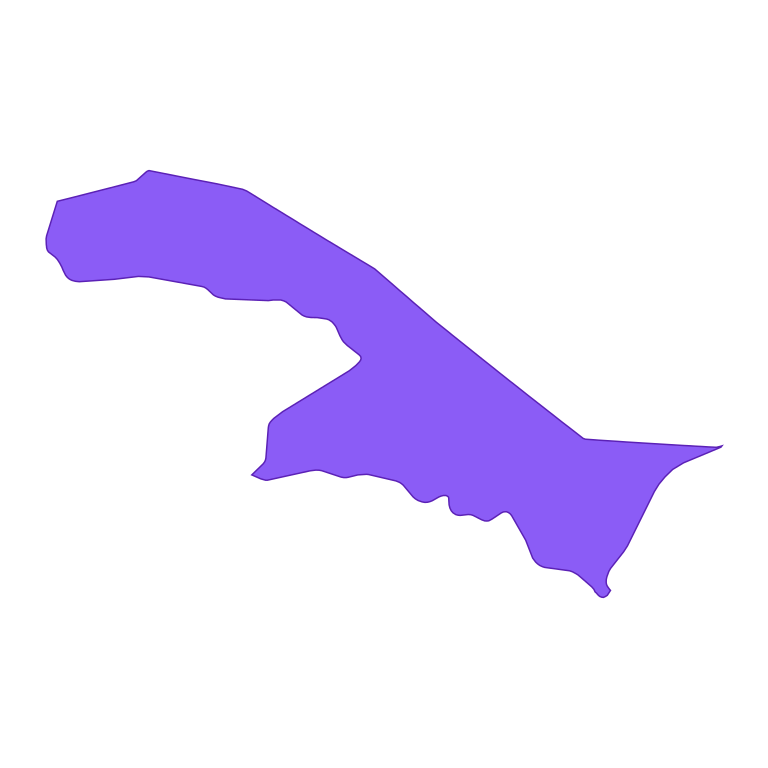 the border of Al Hudud ash Shamaliyah
{"feature_id": "SAU-861", "entity_name": "Al Hudud ash Shamaliyah", "entity_type": "Region", "adm_level": 1, "iso_a3": "SAU", "parent_name": "Saudi Arabia", "parent_adm1": "", "projection": "orthographic", "projection_center": [42.216, 29.79], "detail": "fine", "context": "isolated", "style": "filled", "palette": "violet", "viewbox_px": 768, "rotation_deg": 0, "n_neighbors": 0, "source": "natural_earth", "source_scale": "10m", "svg_char_len": 3253}
<svg xmlns="http://www.w3.org/2000/svg" viewBox="0 0 768 768"><path d="M149.1,170.6L164.3,173.6L179.5,176.6L194.8,179.6L210.0,182.5L216.2,183.7L216.3,183.7L242.6,189.3L246.7,191.0L251.0,193.6L258.9,198.5L265.7,202.7L272.4,206.9L279.2,211.0L286.0,215.2L292.8,219.3L299.5,223.5L306.3,227.6L313.1,231.8L319.9,235.9L326.7,240.1L333.6,244.2L340.4,248.3L347.2,252.4L354.1,256.5L360.9,260.6L367.8,264.7L374.7,268.9L379.9,273.4L386.6,279.2L393.2,284.9L399.8,290.7L406.5,296.4L413.9,302.9L421.4,309.3L428.9,315.8L430.4,317.1L436.4,322.3L444.8,329.0L451.8,334.7L458.8,340.3L465.8,345.9L472.8,351.5L481.9,358.8L491.1,366.1L500.2,373.4L509.4,380.7L513.3,383.7L518.6,387.9L527.8,395.2L537.0,402.4L546.2,409.6L553.9,415.6L561.6,421.7L569.3,427.6L577.0,433.6L583.3,438.5L583.8,438.6L584.3,438.8L584.8,439.0L585.3,439.2L592.6,439.7L599.0,440.2L605.4,440.6L611.7,441.0L618.1,441.4L626.3,442.0L634.5,442.5L642.6,443.0L650.8,443.5L659.0,444.0L667.2,444.5L675.4,445.0L683.6,445.5L689.7,445.8L695.8,446.2L701.9,446.5L708.0,446.9L716.4,447.3L719.9,446.5L721.9,445.9L720.9,447.2L683.6,462.8L672.7,469.4L665.0,476.9L659.0,484.1L654.4,491.5L627.5,545.8L623.7,551.7L610.5,568.5L608.8,571.5L606.9,576.7L606.3,579.4L606.2,580.9L606.2,582.6L606.5,584.4L607.3,586.2L609.5,589.3L610.5,590.4L607.3,595.3L605.6,596.4L603.5,597.4L601.7,597.2L599.9,596.5L598.5,595.4L597.1,593.9L597.0,593.7L596.6,593.2L595.1,591.9L593.9,589.3L591.7,586.8L578.1,575.0L576.2,573.8L572.5,571.8L569.7,570.8L544.7,567.4L542.5,566.7L539.7,565.4L537.5,563.8L535.6,562.0L532.7,558.1L525.7,540.2L511.7,515.7L510.3,513.9L508.4,512.5L506.3,511.7L503.5,511.9L501.3,512.9L492.0,519.1L488.8,520.8L487.0,521.0L484.8,520.9L481.7,519.8L473.1,515.4L470.9,514.7L468.2,514.5L460.2,515.4L458.1,515.2L455.8,514.6L453.0,512.8L451.2,510.7L449.9,508.0L449.4,506.0L449.1,504.8L448.7,498.0L448.5,497.2L447.8,496.4L446.1,495.5L443.3,495.5L441.0,496.1L438.8,497.0L432.3,500.7L430.0,501.6L427.7,502.2L425.0,502.4L422.1,501.9L418.1,500.5L415.3,498.8L413.0,496.8L403.2,485.1L401.4,483.6L399.6,482.4L395.9,480.9L368.5,474.5L366.5,474.3L357.8,474.9L348.1,477.3L346.1,477.6L343.9,477.6L341.1,477.1L321.8,470.7L319.1,470.2L315.8,470.1L310.1,470.8L267.4,480.2L265.6,480.2L260.9,478.9L251.8,474.9L263.2,463.8L264.6,461.9L265.4,460.2L265.7,458.9L265.9,458.2L268.3,427.8L268.6,425.9L269.2,423.9L270.4,422.0L272.0,420.2L273.9,418.3L282.6,411.7L349.2,370.8L355.8,365.6L359.4,361.9L360.7,360.0L361.1,358.2L360.6,356.4L359.1,354.8L347.3,345.5L343.5,341.8L342.1,339.8L339.9,335.7L336.3,327.4L335.4,325.9L333.4,323.4L331.8,321.7L328.9,319.8L326.6,319.0L317.3,317.6L310.9,317.5L306.6,316.9L304.0,316.0L301.9,314.9L286.3,302.1L283.8,300.9L280.8,300.0L273.1,300.0L268.4,300.6L225.4,298.9L218.1,297.2L215.4,296.1L213.4,294.9L207.8,289.6L206.0,288.2L204.1,287.1L201.5,286.4L148.8,276.9L138.4,276.4L114.2,279.3L79.2,281.7L75.5,281.3L72.0,280.4L70.3,279.6L68.6,278.5L67.0,277.0L65.6,275.2L63.2,270.4L61.9,267.2L59.8,263.2L57.4,259.5L55.1,257.0L48.5,251.9L47.4,250.2L46.9,248.7L46.6,247.5L46.6,246.9L46.3,244.5L46.1,238.9L46.6,235.8L57.3,201.3L72.1,197.6L89.7,193.1L107.3,188.6L124.8,184.1L133.7,181.8L136.4,180.7L145.9,172.2L147.4,171.1L148.2,170.9L148.4,170.8L148.6,170.7L148.9,170.7L149.1,170.6Z" fill="#8b5cf6" stroke="#5b21b6" stroke-width="1.5"/></svg>